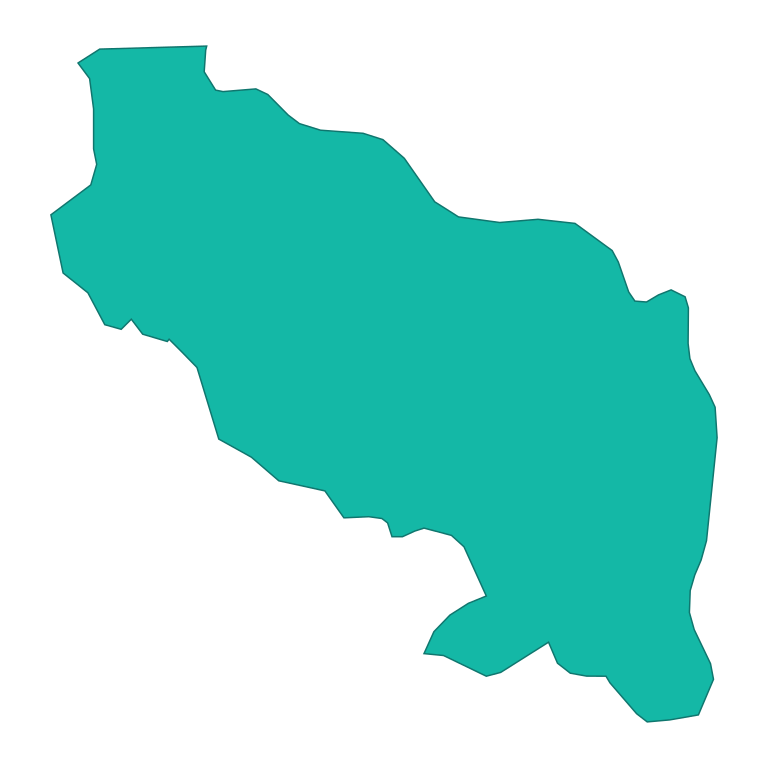 outline of Bender
{"feature_id": "MDA-1650", "entity_name": "Bender", "entity_type": "City", "adm_level": 1, "iso_a3": "MDA", "parent_name": "Moldova", "parent_adm1": "", "projection": "natural_earth1", "projection_center": [29.721, 46.757], "detail": "fine", "context": "isolated", "style": "filled", "palette": "teal", "viewbox_px": 768, "rotation_deg": 0, "n_neighbors": 0, "source": "natural_earth", "source_scale": "10m", "svg_char_len": 1344}
<svg xmlns="http://www.w3.org/2000/svg" viewBox="0 0 768 768"><path d="M206.7,46.1L205.7,50.1L204.2,71.8L215.6,90.1L223.0,91.6L255.9,88.9L267.8,94.5L288.2,115.1L299.4,123.6L320.5,130.2L363.1,133.3L383.0,139.7L404.3,158.3L434.7,201.8L458.5,216.9L499.7,222.5L538.0,219.3L575.0,223.4L612.2,250.6L618.3,262.0L628.7,292.0L634.9,301.1L646.5,302.0L658.5,294.9L671.1,289.9L685.1,296.8L688.4,307.9L688.1,343.4L689.9,358.6L694.9,370.7L709.3,394.6L715.1,407.2L717.1,437.7L706.5,540.7L701.1,560.1L694.8,574.9L690.2,590.6L689.4,612.5L694.2,629.6L710.5,663.6L713.5,679.3L698.4,714.9L669.7,719.9L647.2,721.9L636.6,713.7L610.0,682.9L606.3,676.7L606.0,676.2L586.6,676.1L570.3,673.2L557.5,663.2L548.8,642.8L548.5,642.2L500.7,672.4L486.3,676.2L443.5,655.5L424.9,653.7L424.0,653.6L433.9,631.7L449.9,615.1L468.4,603.3L486.3,596.0L464.0,546.8L452.0,535.9L451.5,535.4L424.0,528.1L414.7,531.1L402.5,536.7L392.4,536.7L392.0,536.7L387.6,522.9L382.4,518.9L381.9,518.5L368.8,516.7L344.8,517.8L343.9,517.8L324.9,490.9L278.8,480.8L251.4,457.2L218.8,439.1L197.0,367.5L181.8,351.9L169.6,339.7L169.1,339.2L167.3,341.5L143.0,334.3L142.7,334.2L131.3,319.2L121.2,329.3L104.8,324.7L87.9,292.8L63.1,273.0L50.9,214.8L90.8,184.9L96.7,164.4L93.6,148.9L93.6,109.0L89.6,78.6L78.0,63.0L78.1,62.9L99.7,49.1L205.9,46.1L206.7,46.1Z" fill="#14b8a6" stroke="#0f766e" stroke-width="1.5"/></svg>